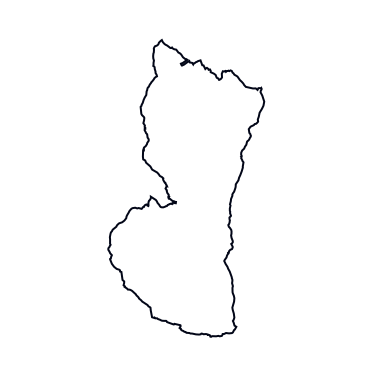 outline of Otesani, Vâlcea, Romania, rotated 36°
{"feature_id": "2599482B27410059128646", "entity_name": "Otesani", "entity_type": "district", "adm_level": 2, "iso_a3": "ROU", "parent_name": "Romania", "parent_adm1": "Vâlcea", "projection": "mercator", "projection_center": [24.032, 45.056], "detail": "fine", "context": "isolated", "style": "outline", "palette": "ink", "viewbox_px": 384, "rotation_deg": 36, "n_neighbors": 0, "source": "geoboundaries", "source_scale": "gbopen_adm2", "svg_char_len": 5990}
<svg xmlns="http://www.w3.org/2000/svg" viewBox="0 0 384 384"><g transform="rotate(36 192 192)"><path d="M307.6,281.4L307.2,279.0L307.5,278.1L307.1,275.0L304.9,275.1L302.5,273.2L300.9,272.3L300.8,270.8L300.1,268.7L297.2,265.7L294.2,263.4L292.6,261.8L290.5,256.0L288.7,253.0L286.9,251.4L284.5,249.9L283.7,249.2L281.1,245.8L280.4,244.1L278.0,242.2L276.9,240.1L276.1,239.1L274.9,238.3L274.3,237.6L269.3,234.2L266.3,232.8L264.7,231.7L261.6,230.5L258.7,228.9L258.5,228.4L258.4,227.1L258.4,224.7L257.7,222.9L257.5,221.2L257.6,220.7L257.1,220.2L257.4,219.9L257.1,219.6L257.3,219.2L256.8,218.1L256.8,217.4L257.0,216.2L257.9,214.7L257.8,214.0L257.4,212.7L257.0,212.3L254.3,211.0L254.6,210.2L254.5,208.6L253.8,207.7L251.0,205.9L249.2,204.2L248.5,202.6L247.1,200.6L246.0,199.6L243.6,198.7L242.3,198.5L240.8,197.4L240.8,196.1L240.2,194.3L239.6,193.4L239.5,192.9L238.1,191.7L237.3,190.6L237.6,188.8L237.5,188.3L235.3,186.8L234.4,185.4L233.7,185.0L232.3,183.1L231.1,180.3L230.0,179.7L228.8,176.6L227.7,174.7L226.9,171.3L226.2,170.5L225.9,169.2L225.9,167.0L224.8,163.4L224.3,162.2L222.9,160.0L222.7,155.3L221.7,152.8L221.2,150.2L220.1,146.1L218.8,142.4L218.1,141.5L216.2,137.7L214.5,137.2L213.9,136.7L211.9,135.7L211.4,134.5L211.1,134.4L211.3,134.1L211.0,133.6L209.8,132.9L208.7,131.2L208.2,128.9L208.7,126.3L208.2,124.1L208.2,121.9L207.0,119.0L207.0,118.1L207.3,117.5L207.4,116.0L207.0,113.9L207.0,112.7L206.4,111.7L205.7,111.4L205.2,110.9L203.7,110.5L201.0,107.8L201.0,105.0L201.2,104.3L202.7,101.6L202.8,100.2L203.8,99.0L204.1,97.2L204.1,96.2L202.6,94.6L201.8,91.9L200.1,88.1L199.7,83.6L199.1,80.2L197.3,76.4L192.2,72.7L188.8,71.0L188.2,69.8L188.0,68.2L187.7,67.6L187.0,67.2L187.0,67.6L185.9,68.0L184.7,69.0L185.0,70.9L182.7,70.7L180.5,72.4L173.8,75.3L171.3,74.8L169.8,74.1L167.5,73.6L165.0,73.3L161.0,71.9L160.0,71.9L157.3,72.2L155.8,71.6L154.7,71.6L153.0,70.7L151.7,71.0L151.2,72.2L150.2,72.4L150.0,72.9L149.2,73.5L148.9,74.6L148.4,74.2L148.0,74.3L147.9,75.0L147.4,75.1L147.1,75.7L146.0,76.2L146.6,78.8L148.9,81.6L149.0,83.1L148.3,85.1L148.0,85.4L146.5,84.7L145.4,85.0L144.6,84.9L142.3,83.4L140.0,83.4L136.7,84.1L135.9,83.0L134.6,82.3L133.7,83.3L133.2,82.9L131.1,82.8L130.7,83.5L130.5,84.7L126.9,82.8L125.8,83.4L121.5,80.5L119.9,82.7L119.5,83.7L118.8,84.8L118.6,85.7L118.2,86.7L117.9,87.6L118.0,88.1L117.2,87.8L116.6,87.3L114.0,88.5L112.8,87.6L112.2,88.9L110.7,93.6L109.6,95.6L108.7,95.4L107.6,94.7L108.7,93.0L110.4,87.8L109.1,87.9L108.5,88.4L105.5,88.3L102.4,87.1L100.4,86.9L99.1,87.2L95.6,86.1L93.6,87.0L91.6,87.2L90.9,86.9L90.6,87.7L89.8,88.2L85.9,88.1L84.0,88.4L82.7,88.4L80.3,87.9L78.3,86.8L77.9,88.0L77.5,90.4L77.5,90.8L77.9,91.6L77.9,93.1L77.5,94.3L76.4,95.9L76.5,97.4L76.9,98.6L77.6,99.2L79.1,101.6L79.4,102.7L80.7,104.9L82.1,106.6L84.0,108.1L85.0,110.2L85.9,111.4L86.6,112.8L87.5,112.7L88.4,113.0L89.6,114.4L91.8,116.1L92.5,117.1L94.5,118.0L95.7,119.0L95.1,120.2L94.7,122.0L94.9,123.2L94.8,126.1L94.6,127.1L94.8,128.2L94.7,129.8L95.2,132.3L94.9,133.5L95.4,135.1L95.9,136.0L96.1,137.2L98.0,140.4L98.2,143.2L98.7,145.7L99.8,149.0L100.0,150.9L100.5,152.0L100.4,152.7L100.4,153.3L105.1,158.6L106.4,159.2L109.0,159.6L109.9,160.1L111.2,162.4L112.2,164.9L114.8,165.9L115.3,167.0L115.7,167.3L116.4,167.4L117.0,168.2L116.5,168.5L117.4,169.9L119.2,170.7L120.0,171.3L121.8,171.7L124.1,174.1L125.6,174.6L126.5,175.4L126.9,176.3L126.9,178.4L127.5,180.0L127.5,181.0L127.6,182.1L127.1,184.0L127.1,184.5L127.8,185.5L127.5,185.4L127.5,185.7L128.0,187.1L131.6,192.4L133.4,194.3L135.6,194.0L137.7,195.3L143.3,195.8L146.6,197.3L152.4,196.7L154.7,197.2L156.5,197.9L159.0,197.6L160.7,197.8L160.7,198.3L161.9,199.3L164.6,200.5L165.0,200.2L166.9,201.4L167.4,201.4L168.5,202.1L168.1,202.3L168.6,204.8L170.6,205.4L170.7,205.8L172.6,207.3L174.7,207.9L175.6,209.1L176.2,209.1L176.2,209.3L175.9,209.8L176.3,210.1L176.1,210.3L176.5,210.6L176.7,210.2L177.5,210.9L178.0,210.5L181.5,210.7L182.2,210.5L182.5,210.2L183.3,210.1L183.5,209.9L184.3,209.9L184.9,209.5L185.5,210.6L184.4,211.2L183.0,211.2L183.2,211.7L182.9,212.2L183.2,212.7L182.3,213.4L182.5,213.6L181.9,213.8L180.8,215.1L180.6,216.0L180.0,216.7L179.9,218.2L179.2,218.9L179.0,219.5L177.8,221.3L176.7,222.1L175.6,222.5L174.7,222.4L172.8,221.6L170.6,221.1L169.0,220.2L167.4,219.7L161.5,220.0L162.3,221.0L162.6,222.7L162.4,224.4L162.7,225.5L163.3,226.7L164.8,228.6L164.9,229.0L163.9,229.2L162.8,228.7L162.4,228.9L161.7,230.3L161.6,231.4L161.9,232.2L161.4,232.7L161.2,233.3L161.3,234.8L161.1,235.3L158.3,236.3L157.3,237.5L155.3,238.1L153.5,239.9L152.9,241.0L152.7,242.4L152.6,244.3L152.9,246.0L153.1,248.4L153.4,250.2L154.2,251.9L154.1,254.9L153.3,257.6L151.5,260.1L151.2,261.2L150.9,263.2L151.2,264.5L150.0,269.1L150.3,270.7L150.2,272.4L150.6,273.6L152.1,276.8L153.6,278.5L156.1,282.0L157.2,282.6L157.2,283.7L157.5,284.8L157.4,286.4L157.8,287.4L158.6,288.1L160.2,288.7L161.9,289.7L164.3,290.2L164.8,292.2L165.4,293.5L165.1,294.3L165.3,294.6L169.4,297.2L172.9,298.3L176.2,298.5L179.0,297.6L179.8,297.7L180.6,298.6L181.9,298.2L187.5,304.0L189.7,304.2L190.6,305.5L191.5,307.7L193.2,307.8L193.3,308.4L196.0,308.3L197.6,308.6L198.3,308.0L199.7,307.4L201.6,307.2L206.9,307.8L207.7,308.3L209.6,308.5L211.0,308.8L211.6,309.3L214.6,309.5L216.1,309.9L222.6,309.6L223.9,310.1L226.1,309.9L226.4,310.0L228.3,312.1L233.3,316.8L235.8,316.0L235.7,315.6L236.8,315.6L238.0,314.7L239.1,314.8L241.1,314.2L243.0,313.9L244.2,313.3L246.8,311.5L247.4,311.5L248.3,311.9L254.9,310.0L255.3,309.7L255.3,309.0L260.9,306.6L261.6,307.1L261.9,309.3L263.4,309.2L263.7,309.5L263.8,309.8L265.5,309.9L266.7,309.5L268.0,309.6L269.1,309.0L270.2,309.2L272.8,307.6L273.9,307.4L275.4,306.4L278.8,304.9L281.5,303.2L282.7,302.0L282.7,301.3L283.1,300.8L285.1,300.2L285.8,299.5L287.0,298.6L288.6,298.0L288.9,298.3L289.6,297.7L290.6,297.4L291.2,297.6L291.7,298.2L292.5,298.0L292.7,297.7L292.6,297.4L293.4,296.5L296.3,294.6L297.9,292.9L299.3,292.4L300.7,290.9L300.7,290.1L300.3,288.9L301.5,287.9L302.4,286.1L305.1,284.6L307.2,282.7L307.5,282.1L307.6,281.4Z" fill="none" stroke="#020617" stroke-width="2"/></g></svg>